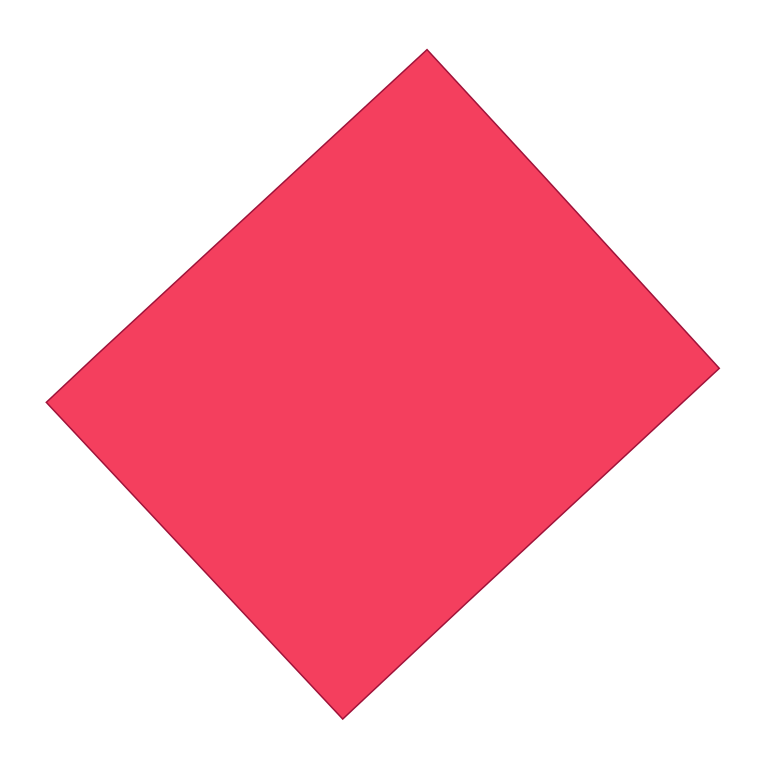 Thomas, Kansas, United States of America, rotated 137°
{"feature_id": "52423323B39494503995541", "entity_name": "Thomas", "entity_type": "district", "adm_level": 2, "iso_a3": "USA", "parent_name": "United States of America", "parent_adm1": "Kansas", "projection": "albers", "projection_center": [-101.056, 39.351], "detail": "fine", "context": "isolated", "style": "filled", "palette": "rose", "viewbox_px": 768, "rotation_deg": 137, "n_neighbors": 0, "source": "geoboundaries", "source_scale": "gbopen_adm2", "svg_char_len": 279}
<svg xmlns="http://www.w3.org/2000/svg" viewBox="0 0 768 768"><g transform="rotate(137 384 384)"><path d="M124.5,599.2L573.4,601.2L643.5,600.9L642.7,167.1L626.8,167.2L471.4,167.6L128.1,166.8L125.5,425.8L124.5,599.2Z" fill="#f43f5e" stroke="#9f1239" stroke-width="1.5"/></g></svg>